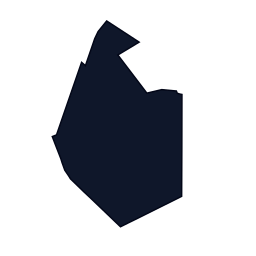 outline of Rio Grande do Piauí, Piauí, Brazil, rotated 196°
{"feature_id": "56859067B48966136379340", "entity_name": "Rio Grande do Piauí", "entity_type": "district", "adm_level": 2, "iso_a3": "BRA", "parent_name": "Brazil", "parent_adm1": "Piauí", "projection": "orthographic", "projection_center": [-43.132, -7.786], "detail": "fine", "context": "isolated", "style": "filled", "palette": "ink", "viewbox_px": 256, "rotation_deg": 196, "n_neighbors": 0, "source": "geoboundaries", "source_scale": "gbopen_adm2", "svg_char_len": 546}
<svg xmlns="http://www.w3.org/2000/svg" viewBox="0 0 256 256"><g transform="rotate(196 128 128)"><path d="M183.3,212.5L184.6,204.8L184.9,198.8L186.1,176.2L190.7,178.3L193.0,135.3L194.8,101.7L198.4,98.9L193.6,92.5L184.1,80.0L181.8,76.5L177.1,70.0L171.8,65.6L169.3,63.3L152.3,54.2L145.6,50.8L108.0,31.0L101.9,36.6L98.0,40.1L57.6,77.1L71.1,124.9L71.7,127.0L85.4,175.1L87.6,174.9L90.3,175.0L91.7,176.9L106.1,174.2L119.5,166.7L121.2,168.0L157.9,195.4L141.0,213.6L178.0,225.0L183.3,212.5Z" fill="#0f172a" stroke="#020617" stroke-width="1.5"/></g></svg>